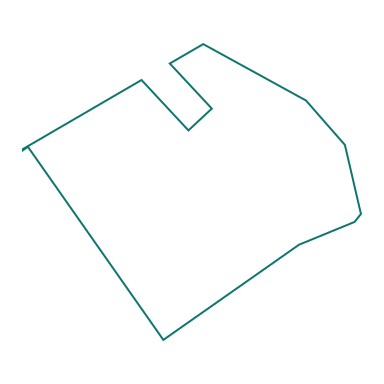 the district of 56, Ar Rayyān, Qatar
{"feature_id": "91078587B78066269672175", "entity_name": "56", "entity_type": "district", "adm_level": 2, "iso_a3": "QAT", "parent_name": "Qatar", "parent_adm1": "Ar Rayyān", "projection": "mercator", "projection_center": [51.499, 25.212], "detail": "fine", "context": "isolated", "style": "outline", "palette": "teal", "viewbox_px": 384, "rotation_deg": 0, "n_neighbors": 0, "source": "geoboundaries", "source_scale": "gbopen_adm2", "svg_char_len": 383}
<svg xmlns="http://www.w3.org/2000/svg" viewBox="0 0 384 384"><path d="M361.0,213.9L360.3,211.2L348.6,160.8L344.9,144.9L323.3,120.3L306.0,100.5L298.3,96.3L204.1,44.6L203.2,44.1L169.8,63.5L211.8,108.6L188.4,130.4L141.5,80.0L23.0,149.0L23.0,150.2L27.9,146.8L156.7,330.4L163.3,339.9L245.6,282.2L299.0,244.7L354.6,221.9L361.0,213.9Z" fill="none" stroke="#0f766e" stroke-width="2"/></svg>